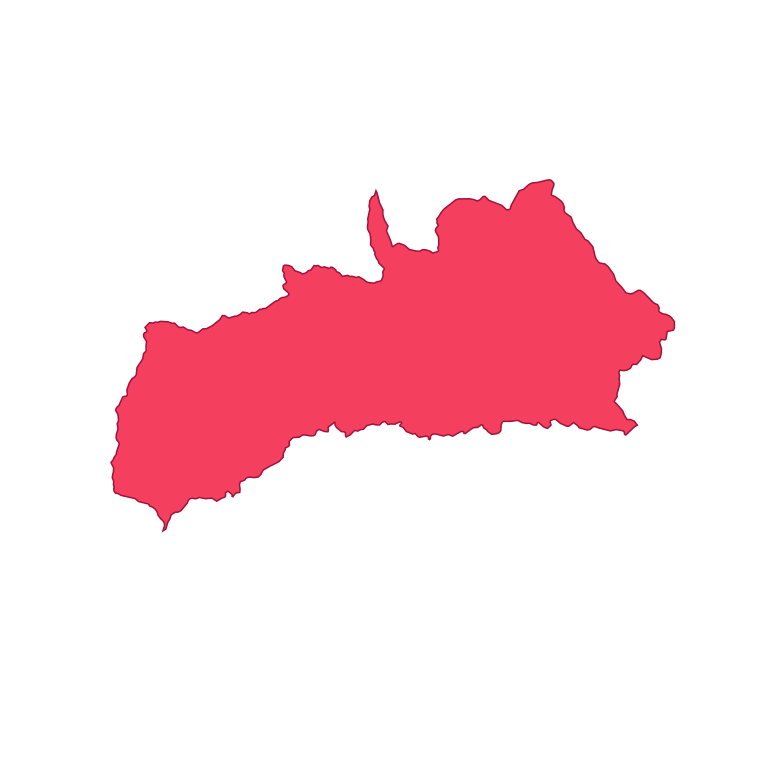 the district of Acobamba, Huancavelica, Peru, rotated 133°
{"feature_id": "86281439B92156205332271", "entity_name": "Acobamba", "entity_type": "district", "adm_level": 2, "iso_a3": "PER", "parent_name": "Peru", "parent_adm1": "Huancavelica", "projection": "albers", "projection_center": [-74.569, -12.778], "detail": "fine", "context": "isolated", "style": "filled", "palette": "rose", "viewbox_px": 768, "rotation_deg": 133, "n_neighbors": 0, "source": "geoboundaries", "source_scale": "gbopen_adm2", "svg_char_len": 6171}
<svg xmlns="http://www.w3.org/2000/svg" viewBox="0 0 768 768"><g transform="rotate(133 384 384)"><path d="M642.2,445.5L638.9,444.6L632.5,447.8L628.7,448.6L624.7,450.5L620.0,449.1L618.1,447.2L615.2,446.1L605.4,446.6L602.9,447.7L600.6,447.8L598.2,446.3L597.0,444.2L595.8,443.0L592.9,441.7L589.6,436.3L584.8,432.0L583.8,426.4L578.0,424.7L575.3,423.3L573.9,423.5L571.9,425.6L569.2,425.2L568.7,424.2L568.5,420.4L568.8,419.3L569.8,418.5L569.5,417.6L566.0,418.0L564.3,417.7L561.7,415.5L559.1,417.5L556.0,421.2L553.4,422.4L549.3,420.3L546.9,420.7L544.9,419.7L543.8,418.9L541.0,415.1L537.8,412.5L533.8,412.4L530.8,413.4L528.9,413.5L522.5,411.6L512.6,407.9L506.3,407.8L503.1,410.5L499.5,411.4L497.8,412.5L495.2,411.3L493.4,411.3L490.8,414.1L485.4,414.1L480.7,409.7L477.3,408.9L475.6,407.7L471.7,401.9L469.9,400.3L468.0,399.8L464.6,401.2L461.6,400.6L459.2,394.9L457.2,392.5L456.2,392.8L453.6,395.4L445.7,394.1L445.7,393.5L447.4,391.8L448.2,389.1L447.9,382.7L446.2,380.5L445.8,379.3L448.3,376.6L448.5,375.5L444.4,374.0L438.0,373.8L436.3,371.0L433.7,370.2L431.1,368.2L426.0,368.1L421.8,365.5L420.8,364.8L419.3,361.8L416.9,359.3L413.3,359.2L411.3,358.2L410.7,357.2L411.0,353.5L408.7,351.9L405.8,348.5L401.6,347.0L400.0,345.5L400.5,344.4L403.4,344.3L403.9,343.7L402.7,340.5L403.5,335.2L401.1,328.9L399.0,327.5L399.3,323.3L398.7,321.6L393.5,317.8L392.7,316.7L392.6,315.2L393.9,313.9L393.7,312.8L392.4,312.7L390.2,314.5L387.5,314.2L385.4,312.3L381.5,305.0L377.1,302.6L375.4,298.3L366.1,295.2L364.6,293.5L365.6,291.8L364.9,290.8L356.7,289.3L354.6,288.5L351.9,285.9L347.2,284.9L346.8,283.6L348.1,281.4L347.6,277.6L348.0,275.7L347.3,270.8L343.3,267.5L340.8,266.6L338.6,266.7L333.9,270.5L331.6,271.4L330.0,271.3L324.1,265.1L320.1,262.1L319.1,260.5L318.0,256.6L315.9,253.2L313.6,251.0L312.1,246.9L310.4,244.6L309.7,244.5L308.2,245.4L306.6,244.6L306.6,238.4L305.6,235.3L304.8,234.1L300.1,233.8L298.4,236.6L297.2,237.3L294.1,235.8L292.8,234.1L292.5,228.0L290.0,221.1L288.9,220.1L282.9,219.0L282.4,213.8L282.9,211.4L279.1,204.0L276.7,202.3L272.7,201.8L271.4,201.0L269.4,196.4L263.9,186.4L259.0,183.1L255.3,177.3L255.2,175.7L256.8,173.7L256.4,172.4L244.1,171.6L241.3,170.6L240.5,175.8L241.9,179.6L244.3,182.1L242.7,187.3L240.9,191.0L239.9,199.7L239.9,203.2L239.4,203.9L234.1,204.9L232.6,206.7L223.6,211.3L219.0,216.4L217.2,217.3L215.9,219.6L213.6,220.9L212.7,220.6L210.6,217.6L208.0,215.7L204.4,214.5L200.5,215.6L199.5,215.1L197.4,212.6L191.2,212.7L186.9,214.1L183.7,205.0L179.6,201.1L176.5,199.9L172.5,202.1L168.8,205.3L166.0,210.3L165.0,211.1L162.3,211.6L160.2,208.7L158.7,208.4L152.5,212.7L147.1,209.0L144.7,210.0L140.3,214.2L139.4,219.2L139.6,221.8L140.8,225.4L142.5,227.8L143.5,231.5L143.1,233.0L140.6,234.7L139.4,238.0L140.6,241.3L140.7,243.2L140.1,256.3L140.7,260.4L142.0,261.9L148.2,263.9L150.0,265.3L152.1,268.7L152.2,269.9L151.2,275.3L150.5,284.7L147.1,291.0L145.3,300.3L145.5,304.2L148.5,309.0L148.6,310.6L147.7,314.5L146.7,316.6L141.2,324.9L140.2,332.3L141.2,335.8L139.1,343.2L139.4,349.1L137.1,355.8L134.3,361.0L135.3,368.7L134.1,370.9L131.8,372.6L130.0,376.0L129.4,379.0L129.6,382.0L130.3,387.0L131.5,389.6L131.5,390.7L127.1,393.6L123.1,395.1L121.3,396.8L121.0,400.5L121.8,402.2L123.5,403.7L131.5,408.9L135.7,412.6L137.9,413.7L140.3,414.2L146.6,414.7L150.4,416.9L166.2,413.0L169.8,411.2L170.9,411.2L173.0,413.1L173.0,419.6L178.1,432.3L177.9,437.8L178.3,438.6L179.4,439.4L183.9,439.5L186.5,440.6L187.9,444.2L190.3,447.9L197.7,455.6L200.2,457.1L214.9,459.4L219.3,459.2L225.1,458.0L227.4,458.0L228.6,456.2L230.2,455.1L231.0,452.3L234.8,452.1L236.4,451.4L237.4,450.0L239.3,444.4L244.9,438.8L247.8,437.5L249.0,435.2L250.5,435.1L255.2,437.8L255.4,441.0L257.5,445.2L259.4,447.4L262.1,448.2L263.4,449.4L265.1,451.6L268.4,457.3L268.5,463.3L270.7,468.8L272.0,469.9L277.2,471.1L277.8,471.6L274.5,477.2L270.3,486.7L265.8,488.7L263.9,495.2L262.3,498.2L260.5,500.8L257.4,503.5L254.6,510.7L249.0,519.4L248.1,521.7L252.7,519.5L255.6,520.4L259.8,519.3L264.2,516.1L266.0,513.5L274.3,508.5L276.4,506.1L280.1,503.5L282.0,501.5L283.7,496.7L284.8,495.2L287.8,491.8L291.5,488.7L292.0,484.6L293.4,482.4L293.8,480.4L295.5,479.1L297.3,475.1L297.7,472.6L299.1,470.1L299.2,462.7L300.5,461.9L302.7,461.5L305.6,458.3L310.3,456.4L314.7,459.2L316.5,459.7L318.6,462.0L320.8,465.3L321.3,467.0L321.5,470.2L322.7,475.5L325.1,477.1L326.9,480.7L328.5,482.2L329.4,484.7L333.7,487.9L333.1,492.4L334.2,495.3L333.4,497.3L333.9,501.5L335.0,502.7L336.2,502.6L336.9,503.1L338.9,507.4L341.5,509.3L342.4,513.3L344.1,514.3L345.0,515.9L350.6,515.2L352.6,516.6L355.5,516.8L357.2,517.4L359.2,519.0L359.6,521.2L362.0,526.4L361.1,531.4L362.6,535.1L364.9,537.8L366.5,538.0L370.4,535.3L371.0,532.5L372.7,531.5L374.0,529.8L375.8,524.7L377.8,524.5L379.8,525.3L381.0,524.9L382.7,522.5L382.6,516.5L382.8,515.4L383.4,514.7L384.7,514.5L387.7,515.4L390.3,517.5L392.5,518.4L395.2,518.4L396.8,519.5L399.1,520.2L409.2,522.0L411.6,524.1L412.8,524.4L414.0,525.8L418.8,526.5L420.5,527.7L421.6,529.3L424.6,530.4L425.3,532.9L427.8,536.4L431.4,536.8L435.2,538.2L436.4,539.7L437.7,540.0L438.7,540.9L440.7,541.8L441.9,543.0L442.5,547.0L444.2,548.9L448.8,548.0L458.6,549.4L464.7,551.6L467.4,554.2L472.7,554.9L474.2,555.5L474.9,556.9L476.2,561.6L478.3,564.6L479.1,569.6L481.3,571.2L482.5,573.2L482.3,578.7L484.2,580.6L485.9,584.6L490.6,590.2L493.3,591.6L494.8,593.7L496.8,594.3L499.1,597.3L505.6,597.4L506.7,593.9L507.3,593.4L508.6,593.3L509.9,594.1L511.7,593.7L513.4,591.8L514.8,586.7L518.4,584.1L522.1,580.5L525.7,580.6L530.2,577.6L540.3,575.9L546.4,571.4L548.5,571.2L552.3,571.9L557.2,570.9L563.9,567.9L566.2,565.0L567.6,564.1L568.7,564.1L570.3,565.7L571.9,566.2L580.5,563.2L583.2,563.5L585.5,562.8L586.4,562.0L587.7,557.9L591.0,554.0L592.6,552.8L594.9,552.2L598.2,547.9L603.4,545.4L606.3,543.0L607.3,540.9L607.6,538.2L608.6,536.6L615.4,533.6L618.2,531.8L622.3,531.2L624.8,530.2L627.3,530.3L628.0,529.4L629.6,524.8L632.4,522.3L637.7,519.1L639.6,515.2L642.3,513.1L643.3,511.2L645.1,510.1L646.4,508.5L647.0,505.9L645.4,503.5L644.8,500.4L637.6,488.0L637.4,483.4L632.4,474.4L633.0,471.9L631.9,469.3L631.6,465.9L632.1,463.2L634.1,459.6L634.9,455.0L634.7,452.9L635.6,449.6L637.6,447.7L642.2,445.5Z" fill="#f43f5e" stroke="#9f1239" stroke-width="1.5"/></g></svg>